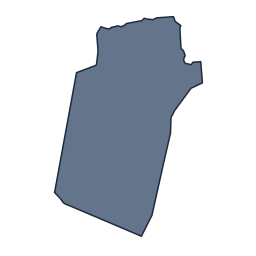 outline of Barh El Gazel, rotated 177°
{"feature_id": "TCD-5581", "entity_name": "Barh El Gazel", "entity_type": "Prefecture", "adm_level": 1, "iso_a3": "TCD", "parent_name": "Chad", "parent_adm1": "", "projection": "mercator", "projection_center": [16.439, 14.695], "detail": "fine", "context": "isolated", "style": "filled", "palette": "slate", "viewbox_px": 256, "rotation_deg": 177, "n_neighbors": 0, "source": "natural_earth", "source_scale": "10m", "svg_char_len": 1384}
<svg xmlns="http://www.w3.org/2000/svg" viewBox="0 0 256 256"><g transform="rotate(177 128 128)"><path d="M70.0,227.6L70.9,225.0L71.0,223.5L70.9,205.7L70.8,204.8L70.5,204.2L69.1,202.8L68.5,202.0L68.4,201.7L68.1,200.8L67.9,199.9L67.2,197.7L67.2,197.2L67.3,196.8L68.5,194.7L68.8,193.9L68.8,193.5L68.6,192.0L68.3,191.0L68.0,190.2L67.7,189.9L67.3,189.6L65.9,189.1L64.4,188.8L63.1,188.3L62.4,188.1L62.0,188.0L61.6,188.1L61.4,188.2L59.9,190.0L59.7,190.2L59.3,190.3L51.9,190.4L51.3,169.2L63.0,164.4L80.6,142.9L84.5,136.2L85.8,120.7L94.3,91.0L108.7,39.5L120.3,19.2L195.1,55.7L195.9,56.3L196.5,56.8L199.4,61.3L204.7,67.4L176.5,186.0L157.2,192.1L156.5,192.6L156.2,193.3L155.9,194.2L153.9,206.4L153.9,207.0L154.3,222.1L154.2,223.4L153.8,224.5L149.7,230.5L145.1,228.7L141.7,227.9L141.1,228.0L140.9,228.1L140.0,229.0L139.6,229.2L139.2,229.4L135.5,229.9L134.8,230.1L133.7,230.5L133.1,230.5L131.6,230.2L131.0,230.0L130.1,229.4L129.7,229.4L129.2,229.6L128.6,229.9L127.3,230.3L126.7,230.5L126.2,230.7L125.2,231.6L124.7,232.0L124.1,232.3L123.4,232.5L108.7,234.5L108.1,234.9L107.6,235.3L106.9,236.0L106.6,236.3L106.0,236.6L105.6,236.6L105.2,236.5L104.5,236.3L103.6,235.8L102.8,235.7L101.3,235.6L100.5,235.4L98.2,235.0L97.5,235.0L97.1,235.1L96.0,235.4L94.8,236.1L93.8,236.4L93.2,236.5L77.4,236.8L76.6,236.5L75.5,232.5L75.2,231.9L70.0,227.6Z" fill="#64748b" stroke="#1e293b" stroke-width="1.5"/></g></svg>